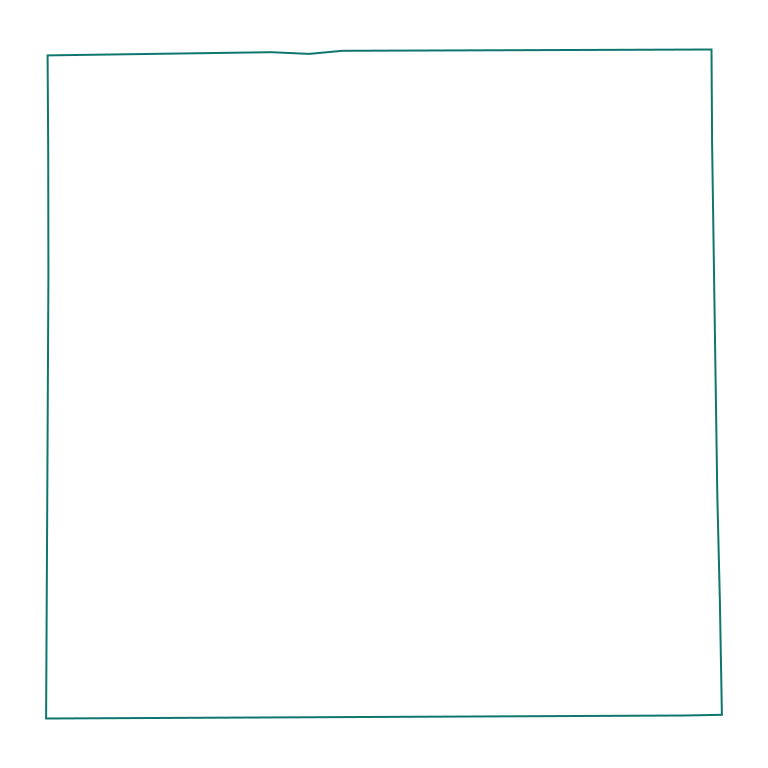 Marshall, Indiana, United States of America
{"feature_id": "52423323B84214728931657", "entity_name": "Marshall", "entity_type": "district", "adm_level": 2, "iso_a3": "USA", "parent_name": "United States of America", "parent_adm1": "Indiana", "projection": "orthographic", "projection_center": [-86.259, 41.325], "detail": "fine", "context": "isolated", "style": "outline", "palette": "teal", "viewbox_px": 768, "rotation_deg": 0, "n_neighbors": 0, "source": "geoboundaries", "source_scale": "gbopen_adm2", "svg_char_len": 308}
<svg xmlns="http://www.w3.org/2000/svg" viewBox="0 0 768 768"><path d="M712.1,143.8L711.5,49.5L342.2,50.8L309.2,53.9L271.2,52.2L47.6,55.4L48.2,149.9L48.4,276.3L47.6,434.1L47.1,528.9L46.1,718.5L683.5,715.5L721.9,714.8L719.9,602.3L717.3,494.8L712.1,143.8Z" fill="none" stroke="#0f766e" stroke-width="2"/></svg>